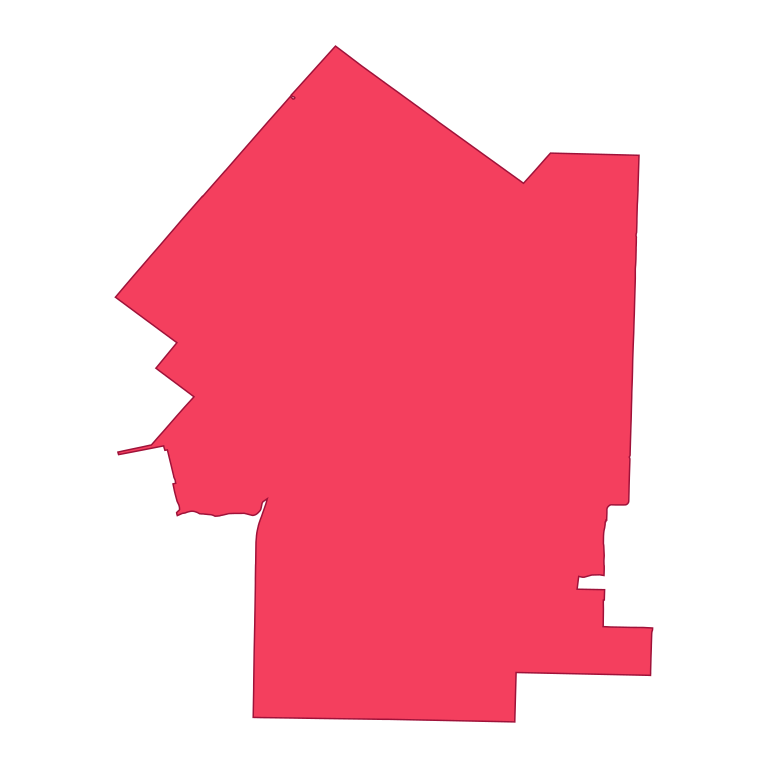 Scanteia, Ialomita, Romania
{"feature_id": "2599482B4025904881025", "entity_name": "Scanteia", "entity_type": "district", "adm_level": 2, "iso_a3": "ROU", "parent_name": "Romania", "parent_adm1": "Ialomita", "projection": "natural_earth1", "projection_center": [27.447, 44.74], "detail": "fine", "context": "isolated", "style": "filled", "palette": "rose", "viewbox_px": 768, "rotation_deg": 0, "n_neighbors": 0, "source": "geoboundaries", "source_scale": "gbopen_adm2", "svg_char_len": 4573}
<svg xmlns="http://www.w3.org/2000/svg" viewBox="0 0 768 768"><path d="M514.8,721.9L514.8,721.7L514.8,720.8L514.9,716.5L516.1,672.5L606.1,674.4L649.0,675.3L650.5,675.4L650.5,674.9L650.6,673.9L650.6,673.0L650.6,671.3L650.7,667.5L650.9,659.7L650.9,658.9L651.3,647.0L651.3,645.9L651.7,633.8L651.9,631.8L652.5,630.0L652.6,628.6L652.6,628.0L643.3,627.5L630.5,627.4L621.5,627.2L610.8,627.0L603.1,626.6L603.2,625.6L603.4,609.3L603.3,602.6L603.4,600.0L604.3,600.0L604.6,589.7L577.1,589.2L578.7,576.4L582.4,577.2L584.1,577.2L591.8,575.0L599.7,574.8L604.0,575.5L604.2,569.1L604.2,566.0L604.0,564.7L603.9,560.8L604.2,555.7L604.1,553.7L603.9,549.2L603.8,546.6L603.7,545.2L603.4,543.5L603.5,536.1L603.7,532.9L604.0,530.6L604.4,528.8L604.6,528.1L605.1,524.7L605.2,522.1L605.4,521.7L605.9,521.6L605.9,521.4L605.9,520.1L606.7,520.1L606.7,518.6L606.9,512.8L606.9,509.2L607.2,508.0L607.7,507.1L608.4,506.3L609.1,505.7L609.8,505.2L610.9,504.8L611.9,504.8L615.1,504.9L618.5,504.9L620.9,504.9L624.0,504.9L625.9,504.8L626.9,504.3L627.7,503.6L628.2,502.9L628.5,502.4L628.7,501.7L628.8,500.1L628.9,495.1L629.0,491.3L629.1,485.3L629.2,482.0L629.3,478.9L629.3,478.0L629.9,459.7L629.8,458.4L629.5,457.7L629.3,457.3L629.3,456.9L629.7,456.3L630.0,455.6L630.1,454.7L630.1,453.5L630.5,439.7L630.9,426.4L631.1,420.6L631.3,413.3L631.5,404.7L631.7,398.6L631.8,392.3L632.3,378.8L632.5,371.0L632.7,360.4L633.2,345.7L633.7,333.4L634.1,319.2L634.3,314.3L634.7,299.1L635.2,282.2L635.3,278.4L635.3,271.2L635.3,268.8L635.4,267.3L635.6,265.1L635.8,261.4L635.9,259.2L636.0,254.2L636.1,250.1L636.1,247.3L636.2,245.6L636.3,242.2L636.3,240.3L636.3,238.2L636.4,237.1L636.1,236.1L636.0,235.6L636.1,235.1L636.1,234.2L636.2,233.7L636.5,232.8L636.6,232.2L636.8,225.4L636.9,221.9L636.9,218.8L637.3,204.4L637.5,201.6L638.0,190.0L638.0,187.8L639.0,155.3L550.5,153.1L545.8,158.3L534.8,170.8L523.5,183.3L438.6,122.1L435.2,119.4L420.4,108.6L403.6,96.4L400.2,93.9L386.9,84.3L361.2,65.6L341.5,50.6L335.5,46.1L333.2,48.6L313.0,71.0L302.1,83.1L298.6,87.0L291.1,95.2L291.0,95.4L291.2,95.6L293.1,96.6L294.4,97.1L294.9,97.9L293.9,99.0L293.0,99.1L292.4,98.4L291.7,97.8L290.9,97.2L290.2,96.7L288.6,98.5L283.8,104.0L268.8,120.9L268.7,121.0L246.8,146.1L246.7,146.2L225.4,170.7L225.2,170.8L203.1,195.9L203.0,196.0L202.7,196.4L202.5,196.6L202.3,196.4L198.9,200.3L198.2,201.1L189.4,211.1L180.7,221.1L179.1,223.0L169.0,234.8L158.8,246.7L150.5,256.2L143.9,263.9L137.3,271.5L134.2,275.1L124.8,286.1L115.5,297.1L115.4,297.2L118.9,299.8L137.9,313.9L176.9,342.7L156.0,368.1L155.9,368.2L160.1,371.4L182.7,388.3L194.0,396.8L184.7,407.0L176.9,415.8L162.9,431.9L161.0,434.0L157.8,437.6L151.8,444.5L151.3,445.0L149.6,445.3L142.8,446.8L132.3,449.0L123.8,450.8L117.9,452.1L118.0,452.6L118.1,452.9L118.2,453.2L118.2,453.4L118.5,454.3L118.6,454.6L122.9,453.8L141.1,450.3L163.6,445.9L163.6,446.0L164.9,450.3L167.4,449.9L170.4,462.3L170.8,463.9L173.4,474.8L173.5,475.0L173.8,476.9L174.4,478.4L174.7,479.0L175.1,479.9L175.7,483.3L175.1,483.4L173.0,483.9L174.5,491.3L175.2,494.1L177.1,501.3L178.1,503.4L178.9,505.1L179.4,507.0L179.6,509.4L179.4,509.8L179.3,510.0L178.6,510.7L177.9,511.3L176.6,512.6L176.7,513.3L176.8,513.9L177.3,515.6L182.3,513.4L182.9,513.3L184.9,513.0L185.3,512.9L186.8,512.3L187.7,512.0L189.4,511.6L190.1,511.4L190.5,511.4L190.9,511.3L191.3,511.3L191.7,511.2L192.0,511.2L192.3,511.2L192.9,511.3L193.4,511.3L194.0,511.4L194.5,511.5L195.1,511.7L195.7,511.9L196.3,512.1L196.9,512.3L197.6,512.6L198.3,513.0L199.0,513.4L199.8,513.8L200.5,513.8L201.3,513.9L202.2,513.9L203.1,513.9L204.4,514.1L205.6,514.2L208.4,514.5L211.1,514.7L211.5,514.8L212.9,515.2L213.4,515.4L215.0,516.2L217.0,516.1L218.0,516.0L218.8,515.9L219.9,515.8L220.7,515.4L221.6,515.3L223.5,514.9L228.8,513.6L234.5,513.4L239.4,513.4L244.2,513.3L247.1,514.0L250.1,514.8L252.5,515.4L253.7,515.3L254.9,514.9L255.5,514.7L256.8,513.9L258.3,512.6L260.1,510.6L260.8,509.3L261.3,507.2L261.7,505.2L262.1,503.2L262.9,501.8L265.0,500.3L267.3,498.7L266.5,501.7L266.0,503.5L265.2,505.9L263.8,509.9L262.8,512.7L262.3,514.2L261.6,516.3L260.8,518.3L260.4,519.4L259.6,521.7L259.2,522.8L258.4,525.5L258.3,526.1L257.7,528.7L257.2,531.0L256.9,532.6L256.7,534.1L256.5,535.7L256.4,537.3L256.2,539.7L256.0,542.1L255.9,549.6L255.7,564.0L255.6,564.9L255.4,578.3L255.4,583.1L255.3,590.7L255.0,609.8L254.8,620.6L254.8,622.5L254.6,630.9L254.5,636.4L254.2,650.6L253.7,685.5L253.7,688.3L253.2,717.4L262.0,717.6L271.2,717.7L292.6,718.0L317.7,718.4L346.9,718.8L383.2,719.3L384.4,719.3L387.9,719.3L421.7,720.0L432.5,720.2L495.3,721.5L514.5,721.9L514.8,721.9Z" fill="#f43f5e" stroke="#9f1239" stroke-width="1.5"/></svg>